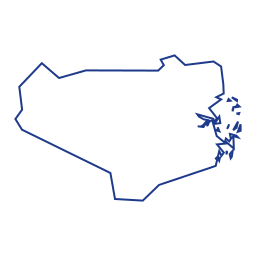 Rufiji, Pwani, United Republic of Tanzania (Mercator projection)
{"feature_id": "72390352B25336426084217", "entity_name": "Rufiji", "entity_type": "district", "adm_level": 2, "iso_a3": "TZA", "parent_name": "United Republic of Tanzania", "parent_adm1": "Pwani", "projection": "mercator", "projection_center": [39.283, -7.991], "detail": "medium", "context": "isolated", "style": "outline", "palette": "blue", "viewbox_px": 256, "rotation_deg": 0, "n_neighbors": 0, "source": "geoboundaries", "source_scale": "gbopen_adm2", "svg_char_len": 1918}
<svg xmlns="http://www.w3.org/2000/svg" viewBox="0 0 256 256"><path d="M215.7,165.9L219.2,151.1L221.5,155.8L223.8,152.6L217.0,144.4L225.9,143.5L216.7,136.0L212.3,120.5L208.0,121.3L208.5,122.1L208.6,122.9L208.4,123.0L207.8,122.9L208.2,124.2L208.0,124.8L207.3,125.3L206.1,122.0L204.7,125.2L204.4,125.4L203.7,125.0L203.3,125.2L203.7,125.3L203.8,125.6L203.8,126.5L203.6,126.8L203.3,127.0L197.7,126.3L203.3,126.9L203.2,125.2L205.9,122.0L206.4,121.8L206.6,122.4L208.4,122.1L207.5,121.4L208.1,120.2L203.7,119.3L199.0,116.6L197.3,114.3L213.3,118.8L213.4,121.9L217.2,118.4L209.1,108.1L221.1,99.4L216.3,97.2L223.7,93.5L223.3,84.1L221.1,66.5L213.5,61.5L185.1,65.0L174.6,55.4L160.7,59.6L163.8,65.2L158.2,70.6L85.9,70.4L59.0,78.0L41.8,63.2L19.3,86.8L22.1,109.7L15.4,119.0L22.0,129.7L110.4,173.0L115.0,199.0L142.8,200.6L159.1,184.9L215.7,165.9ZM215.2,159.1L216.3,158.0L216.2,158.5L215.2,159.1ZM233.8,148.5L233.4,136.7L231.2,138.3L229.3,141.3L225.9,138.5L225.2,141.1L233.8,148.5ZM220.3,123.1L219.3,116.6L214.4,123.9L220.3,123.1ZM234.7,135.2L229.9,133.9L230.7,138.2L233.3,136.6L233.5,136.2L234.0,135.6L234.7,135.2ZM238.0,121.6L233.2,130.1L234.8,129.1L235.5,126.5L235.8,128.5L236.1,126.1L236.2,128.0L236.5,127.9L238.0,121.6ZM232.7,150.7L229.7,154.2L230.7,158.3L231.8,156.7L232.7,150.7ZM219.4,131.3L217.7,127.3L217.9,130.3L215.3,129.9L219.4,131.3ZM233.7,107.1L233.3,107.2L233.0,109.5L232.7,109.5L232.6,111.3L233.7,107.1ZM238.0,137.4L236.8,136.1L233.6,136.1L238.0,137.4ZM240.6,124.3L237.8,131.8L240.6,130.8L240.6,124.3ZM228.2,127.0L229.1,124.3L227.1,128.9L228.2,127.0ZM220.0,157.6L217.8,158.5L219.2,160.8L220.0,157.6ZM227.1,152.3L226.6,150.9L226.4,154.4L227.1,152.3ZM237.0,99.7L231.8,97.3L236.9,101.0L237.0,99.7ZM239.5,106.6L237.3,104.6L236.3,106.4L235.2,106.7L235.5,107.2L239.5,106.6ZM239.2,113.1L236.5,113.5L238.8,114.2L239.2,113.1ZM230.5,100.7L228.6,99.0L227.8,101.0L230.5,100.7Z" fill="none" stroke="#1e3a8a" stroke-width="2"/></svg>